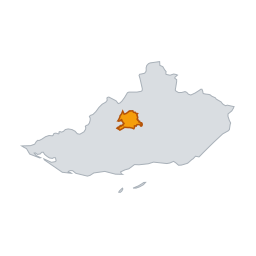 location of Juticalpa, Olancho, Honduras, rotated 175°
{"feature_id": "27666195B18258905744745", "entity_name": "Juticalpa", "entity_type": "district", "adm_level": 2, "iso_a3": "HND", "parent_name": "Honduras", "parent_adm1": "Olancho", "projection": "mercator", "projection_center": [-86.362, 14.531], "detail": "fine", "context": "in_parent", "style": "filled", "palette": "amber", "viewbox_px": 256, "rotation_deg": 175, "n_neighbors": 0, "source": "geoboundaries", "source_scale": "gbopen_adm2", "svg_char_len": 5702}
<svg xmlns="http://www.w3.org/2000/svg" viewBox="0 0 256 256"><g transform="rotate(175 128 128)"><path d="M235.5,119.4L226.6,118.9L222.4,120.0L220.5,122.5L219.0,123.6L217.6,123.3L215.0,124.3L210.9,126.5L207.3,127.4L204.0,126.8L203.1,127.4L202.9,128.1L202.4,128.8L201.1,129.2L199.7,129.0L198.0,128.2L197.2,128.5L197.1,130.0L196.2,130.4L194.6,129.7L192.7,130.2L190.6,131.9L187.7,132.3L183.9,131.3L181.0,129.4L179.0,126.7L176.5,126.0L172.2,128.0L170.4,130.4L170.0,131.9L170.4,133.2L169.6,134.1L167.6,134.6L166.1,136.2L165.0,139.0L164.8,141.2L165.5,142.7L164.5,143.8L161.8,144.5L158.7,147.0L155.1,151.1L151.6,154.0L148.0,155.6L146.3,157.4L146.4,159.4L146.2,160.0L145.6,160.3L144.4,160.5L137.6,156.2L135.6,153.2L133.9,153.6L131.8,155.2L128.8,158.6L125.5,163.2L123.9,163.7L115.9,163.0L111.6,163.4L110.7,164.0L110.3,165.7L110.6,168.0L111.7,176.1L112.4,179.5L111.7,180.5L109.6,180.7L106.7,181.1L105.2,182.7L104.8,184.2L104.7,186.4L103.8,188.7L102.0,190.3L100.3,190.9L90.7,191.4L90.8,187.6L88.0,186.1L86.5,182.9L85.1,180.8L85.5,179.6L85.4,178.1L81.5,176.9L77.8,177.8L75.7,177.2L74.1,176.4L76.8,174.5L77.0,173.4L76.1,172.6L75.3,172.0L75.5,169.9L76.1,167.5L77.6,161.7L77.0,160.6L74.6,158.9L71.4,158.7L68.0,159.3L66.4,158.4L64.9,156.4L62.5,155.4L58.1,157.0L53.5,159.4L52.1,160.3L51.0,160.2L50.4,158.4L50.2,156.2L49.9,155.7L47.5,155.0L44.6,154.4L43.2,153.8L41.8,152.4L38.4,150.5L37.6,149.1L33.0,145.9L32.1,144.4L31.1,143.2L28.9,141.7L27.1,142.1L21.4,140.3L20.5,140.1L21.3,138.5L23.1,136.0L27.1,133.3L27.4,131.0L26.4,126.7L25.3,124.0L25.9,122.7L27.1,117.7L28.1,116.6L33.9,114.0L34.4,113.7L38.9,110.2L44.0,106.2L49.2,101.9L55.1,97.0L58.3,94.2L59.8,93.0L63.2,94.0L65.8,91.7L67.3,90.9L70.9,88.2L72.0,87.6L78.0,86.4L80.9,86.5L83.5,89.2L85.5,90.8L89.3,89.5L92.4,89.2L105.6,91.8L110.8,90.6L120.3,90.4L124.7,91.0L130.7,87.3L134.6,86.6L139.2,84.9L138.6,83.1L137.5,82.3L144.5,83.1L154.9,86.8L166.0,86.2L170.0,84.1L172.6,83.6L183.9,87.4L186.9,90.3L189.3,90.6L191.1,90.0L191.6,89.3L189.3,88.7L188.3,87.8L197.3,89.6L214.1,103.5L214.5,104.6L207.3,100.5L203.5,100.8L202.5,101.5L202.7,103.7L203.0,104.8L204.7,104.9L205.9,104.3L208.8,105.0L210.8,106.5L213.2,108.8L214.6,111.3L216.2,111.3L217.7,109.8L220.6,109.6L222.4,111.3L223.7,111.2L221.9,108.6L217.6,106.0L218.6,105.9L228.2,110.6L230.9,116.3L233.2,117.7L235.5,119.4ZM122.5,69.5L116.9,72.4L115.2,72.3L117.7,70.1L121.8,68.3L125.3,67.4L128.2,67.7L122.5,69.5ZM141.5,66.5L138.8,68.6L138.4,67.7L139.6,65.8L141.2,64.6L142.8,64.8L142.4,65.6L141.5,66.5Z" fill="#d9dde1" stroke="#a8b0b8" stroke-width="1"/><path d="M131.8,145.3L133.2,142.6L134.8,140.9L135.2,139.5L136.5,137.2L137.0,136.6L137.4,136.1L137.2,136.1L137.0,135.9L136.9,135.8L136.9,135.7L136.7,135.6L136.4,135.6L136.2,135.7L135.2,135.8L134.6,136.4L133.9,136.9L133.6,136.6L133.9,136.5L133.9,136.4L133.8,136.2L133.7,136.0L133.6,135.9L133.5,135.7L133.5,135.4L133.4,135.3L133.2,135.1L133.0,134.9L132.9,134.8L132.7,134.5L132.6,134.4L132.6,134.2L132.4,133.9L132.3,133.7L132.2,133.6L132.3,133.6L132.2,133.4L132.3,133.4L132.3,133.2L132.3,132.9L132.1,132.8L132.1,132.7L131.9,132.5L132.0,132.4L132.1,132.2L132.3,132.1L132.4,131.9L132.5,132.0L132.6,131.9L132.7,131.6L132.8,131.6L132.8,131.4L132.9,131.2L133.0,131.2L133.1,131.3L133.0,131.5L133.2,131.4L133.2,131.1L133.3,131.1L133.5,131.1L133.8,131.0L134.0,131.2L134.3,131.0L134.5,131.0L134.5,130.9L134.8,130.9L134.8,130.7L135.0,130.8L135.0,130.7L135.3,130.5L135.5,130.5L135.8,130.5L135.8,130.4L135.8,130.2L136.0,130.2L136.0,130.4L136.2,130.2L136.3,130.2L136.5,130.1L136.5,130.3L136.7,130.2L136.7,129.8L136.8,129.6L137.0,129.4L137.0,129.2L137.0,128.9L137.3,128.7L137.5,128.8L137.7,129.1L137.6,129.3L137.9,129.4L138.0,129.5L138.1,129.4L138.1,129.2L138.3,129.2L138.5,129.1L138.8,129.0L138.9,128.8L139.0,128.8L139.1,128.7L137.1,127.4L136.3,126.6L132.3,128.4L131.9,129.1L127.7,128.4L126.7,128.4L123.9,127.6L122.3,126.7L122.1,126.9L122.1,127.0L121.9,127.4L121.7,127.7L121.6,127.9L121.5,128.0L121.4,129.5L120.3,129.5L120.2,129.3L120.0,129.2L119.8,129.2L119.7,129.2L119.7,129.3L119.6,129.5L119.4,129.7L118.7,130.6L116.5,130.4L116.4,130.3L116.2,130.1L115.8,130.0L115.7,130.0L115.6,129.9L115.4,129.8L115.4,129.7L115.2,129.4L115.0,129.1L115.1,128.9L114.9,128.8L114.8,128.7L114.7,128.7L114.4,128.8L114.2,128.9L114.2,129.0L114.2,129.3L113.9,129.4L113.9,129.5L113.7,129.7L113.7,129.8L113.6,130.1L113.6,130.3L113.7,130.2L113.8,130.3L113.8,130.5L113.7,130.6L113.8,130.7L113.9,130.8L114.0,130.9L114.0,131.0L114.2,131.3L114.3,131.3L114.2,131.5L114.2,131.8L114.3,131.8L114.5,131.8L114.9,131.8L115.0,131.9L114.9,132.0L115.1,132.0L115.3,132.1L115.3,132.3L115.5,132.5L115.7,132.8L115.7,133.0L115.9,133.1L115.9,133.3L116.0,133.3L115.9,133.4L115.9,133.5L116.0,133.5L116.3,133.7L116.5,133.8L116.5,134.0L116.9,134.2L117.0,134.3L117.2,134.5L117.3,134.6L117.5,134.7L117.5,134.8L117.6,135.0L117.5,135.3L117.4,135.4L117.6,135.7L117.8,135.6L118.0,135.6L118.1,135.8L118.0,136.0L118.0,136.4L117.9,136.5L117.7,136.7L117.7,136.8L117.7,137.0L117.5,137.3L117.5,137.5L117.4,137.6L117.4,137.9L117.4,138.0L117.5,138.1L117.5,138.3L117.6,138.5L117.6,138.8L117.6,139.0L117.8,139.2L117.8,139.3L117.9,139.5L117.8,139.8L117.9,140.0L117.9,140.3L118.0,140.4L118.0,140.5L117.9,140.8L117.8,141.0L117.5,141.1L117.4,141.2L117.2,141.5L118.9,142.0L119.0,142.1L119.2,142.3L119.3,142.3L119.5,142.6L119.6,142.9L119.6,143.0L119.9,143.0L120.0,143.0L120.5,143.1L120.9,143.1L121.0,143.3L121.3,143.5L121.5,143.8L121.7,144.7L124.2,144.8L124.3,144.9L124.7,144.9L124.8,144.9L124.9,144.7L125.1,144.8L125.3,144.7L125.5,144.6L125.8,144.4L126.0,144.4L126.2,144.2L126.3,144.0L126.4,143.9L126.8,143.6L127.0,143.6L127.3,143.4L127.5,143.2L128.0,143.0L128.2,142.9L128.3,142.7L130.6,142.1L131.8,145.3Z" fill="#f59e0b" stroke="#b45309" stroke-width="1.5"/></g></svg>